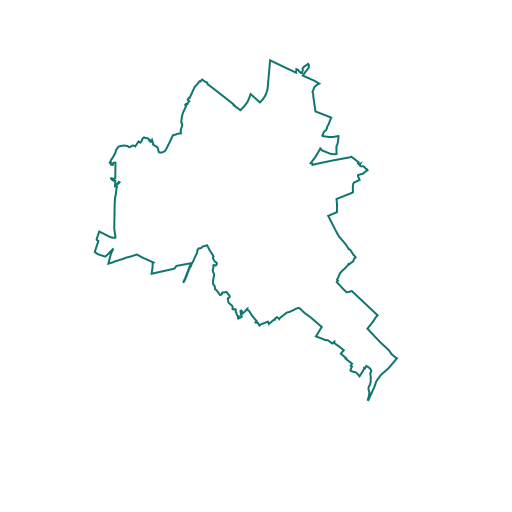 Dangeni, Botosani, Romania, rotated 241°
{"feature_id": "2599482B5486255485397", "entity_name": "Dangeni", "entity_type": "district", "adm_level": 2, "iso_a3": "ROU", "parent_name": "Romania", "parent_adm1": "Botosani", "projection": "mercator", "projection_center": [26.905, 47.853], "detail": "fine", "context": "isolated", "style": "outline", "palette": "teal", "viewbox_px": 512, "rotation_deg": 241, "n_neighbors": 0, "source": "geoboundaries", "source_scale": "gbopen_adm2", "svg_char_len": 6119}
<svg xmlns="http://www.w3.org/2000/svg" viewBox="0 0 512 512"><g transform="rotate(241 256 256)"><path d="M322.6,381.4L324.5,377.7L328.6,372.4L329.2,372.5L329.5,372.6L329.9,373.7L331.1,374.7L332.1,376.9L332.0,377.8L333.2,379.9L334.5,380.9L336.2,383.6L339.6,387.6L340.6,388.9L353.6,378.1L367.9,383.5L370.0,384.6L372.3,385.0L372.5,385.6L375.2,388.5L375.5,389.2L376.1,392.0L376.1,394.9L381.1,391.9L391.1,384.4L393.3,388.9L394.7,392.6L395.3,393.4L397.0,394.7L397.6,394.8L398.8,394.7L398.3,391.5L398.4,390.9L398.3,389.9L397.5,387.8L395.7,386.9L393.8,384.9L394.0,384.2L394.9,384.2L395.4,383.6L396.1,383.3L398.6,383.0L399.8,381.9L398.5,381.1L397.8,380.2L397.0,379.8L420.3,363.2L396.5,347.1L393.9,344.5L391.4,341.3L389.7,337.9L388.4,333.9L400.2,329.8L397.3,326.5L394.8,323.1L392.4,317.7L392.0,316.4L391.8,315.0L391.3,314.3L391.0,313.1L398.2,309.8L398.2,310.1L400.5,309.5L425.3,299.0L429.6,297.0L430.0,296.9L431.0,297.4L431.7,297.2L433.0,296.0L436.5,294.4L435.6,291.9L436.2,291.3L435.0,288.7L433.6,284.3L426.4,274.6L426.8,274.3L426.0,272.1L423.7,272.6L423.7,271.9L422.9,270.9L422.8,269.9L422.0,269.5L422.1,269.0L422.9,268.6L422.7,267.5L422.2,267.3L420.9,267.4L416.4,261.2L414.2,259.1L411.3,256.9L409.2,255.4L409.0,255.6L407.8,255.5L406.0,254.8L404.9,253.8L402.9,251.3L401.9,251.0L400.4,249.9L399.7,249.9L399.6,249.6L400.1,249.0L401.0,246.4L401.0,245.0L401.9,242.0L400.3,239.6L397.9,236.4L392.6,228.7L392.0,227.4L391.9,226.5L392.0,224.6L392.7,222.6L393.6,221.6L394.2,221.4L397.6,222.4L399.0,222.4L403.4,220.0L404.1,220.6L405.6,220.6L406.1,221.0L407.8,221.3L406.7,219.9L407.0,219.1L408.8,218.7L409.0,219.4L411.3,218.3L412.0,217.9L412.8,216.4L414.0,215.6L414.0,215.0L413.5,213.4L412.3,212.2L411.2,209.8L413.1,208.8L410.4,203.5L411.3,203.0L412.3,202.0L412.5,200.1L412.3,199.0L412.6,198.0L412.9,197.6L414.3,197.0L416.1,194.9L417.0,193.4L417.1,192.7L418.0,190.4L418.3,188.6L417.3,186.7L416.8,185.3L414.2,182.6L413.1,181.1L412.0,179.3L410.6,176.4L408.6,173.5L407.9,174.4L407.2,173.6L406.4,173.4L405.1,174.9L406.3,175.9L406.6,176.7L406.4,177.3L405.6,178.3L392.3,170.6L392.4,169.9L392.2,169.2L394.8,166.4L393.4,167.0L392.6,167.0L390.9,167.9L389.9,169.4L386.0,166.9L386.3,168.2L386.5,170.1L387.3,172.0L386.6,172.4L386.3,171.5L386.5,171.0L385.9,170.1L386.0,169.1L385.8,168.3L385.9,167.8L385.6,166.9L385.1,166.8L383.9,168.0L382.7,166.7L377.5,163.0L375.8,161.3L370.5,157.9L348.9,145.4L340.3,142.1L340.7,140.5L343.2,137.7L353.4,130.8L347.9,124.7L347.2,124.5L345.8,125.4L345.5,125.4L337.7,116.9L334.1,118.7L328.7,123.7L328.7,124.7L329.4,127.8L330.4,130.5L330.7,132.1L331.7,134.9L328.2,130.1L320.9,123.2L319.9,127.6L319.7,129.8L317.8,139.0L317.6,141.2L316.5,145.3L315.0,152.6L309.0,156.4L299.9,163.3L299.6,162.0L296.3,160.1L291.1,156.1L284.5,178.4L285.9,181.6L281.2,195.6L271.0,183.4L268.4,179.8L267.9,179.5L269.3,181.8L270.9,183.9L277.6,192.0L278.4,193.7L280.4,196.1L282.7,199.7L284.2,201.4L286.7,205.1L287.7,206.3L289.8,207.9L289.9,208.7L290.5,209.4L289.6,211.5L289.7,212.6L290.1,213.7L289.1,218.4L283.0,218.3L276.1,218.7L275.7,217.7L275.1,217.3L271.6,217.2L270.7,217.4L269.6,218.2L268.3,218.1L267.4,217.1L267.2,216.1L268.5,214.9L268.5,214.1L266.6,213.2L264.8,211.4L263.2,210.8L260.9,210.6L259.9,210.3L254.7,206.0L253.5,205.7L252.3,204.8L250.1,205.3L247.6,204.6L246.8,204.1L245.5,204.8L239.5,205.6L239.0,206.3L239.1,207.1L239.3,207.7L240.1,208.2L240.3,209.0L240.2,209.5L239.3,210.9L239.2,212.0L239.0,212.5L238.1,213.0L236.2,213.0L234.9,213.6L233.4,213.5L232.9,213.0L232.6,212.1L232.7,211.3L232.5,210.7L229.1,209.5L228.0,209.5L223.8,211.1L222.2,210.6L221.4,209.9L220.8,209.8L220.1,210.3L219.8,211.9L218.8,212.3L216.9,211.2L215.8,211.3L214.0,210.7L212.4,211.0L210.8,210.3L211.0,211.4L209.8,210.8L209.7,214.0L211.5,214.3L215.4,215.7L215.4,216.8L212.2,216.6L213.2,220.5L213.9,221.7L214.1,223.0L213.0,222.4L212.2,222.7L211.6,223.3L205.0,223.7L198.7,225.0L198.4,223.5L198.2,223.3L197.9,223.4L197.0,224.8L196.5,225.1L193.4,225.4L193.8,226.6L193.7,228.1L192.8,234.5L190.4,234.4L190.6,234.7L190.5,235.2L190.9,237.2L190.8,237.6L191.1,238.3L191.5,240.1L191.5,241.2L191.1,241.4L191.7,242.4L191.9,242.4L192.2,243.0L192.3,244.7L189.7,245.8L190.0,246.0L190.2,247.0L191.5,255.0L191.4,256.4L190.8,258.3L190.8,259.9L190.4,262.9L190.6,264.0L190.2,267.3L189.9,268.3L188.3,269.1L182.2,271.0L176.7,273.7L162.1,279.1L156.6,269.4L151.7,273.7L148.9,275.8L148.7,276.0L148.8,276.2L147.3,278.1L142.5,280.3L143.1,283.0L141.7,282.3L135.9,285.1L131.0,287.1L129.5,282.8L122.9,285.3L122.7,284.6L115.2,287.8L114.1,285.6L112.6,286.2L111.6,284.6L110.1,283.1L109.8,283.1L107.4,285.1L106.0,286.8L103.0,287.8L100.6,288.2L103.1,293.0L105.1,296.0L105.7,296.4L104.9,296.9L106.3,299.2L104.7,300.2L102.3,301.2L100.3,301.3L99.5,301.0L98.8,300.3L98.2,299.1L94.1,297.6L92.8,296.6L90.9,295.7L88.2,293.3L87.1,291.4L86.2,290.5L84.6,289.7L81.6,289.0L77.4,285.7L76.6,284.5L75.9,284.1L75.5,284.4L84.4,296.4L86.0,298.2L87.7,300.0L88.9,302.0L91.5,307.8L92.5,312.8L93.7,317.8L98.2,329.7L100.1,328.6L104.6,326.9L104.7,327.0L109.6,326.4L120.5,322.8L138.4,318.2L142.2,327.3L144.1,330.6L145.2,333.6L178.9,322.8L179.8,319.0L180.3,317.7L185.1,316.2L194.0,314.0L194.7,315.7L195.9,315.3L197.1,317.0L197.3,317.6L198.6,318.7L198.9,319.8L199.6,320.2L200.2,321.1L200.8,322.6L200.8,323.2L201.5,324.9L201.9,327.3L202.8,330.1L203.5,332.0L204.2,333.1L203.5,333.5L203.7,334.7L204.0,335.9L204.2,338.6L205.0,339.2L206.2,340.7L206.3,341.5L206.2,341.9L206.3,342.3L206.5,342.5L208.8,342.2L209.5,341.8L215.7,341.4L216.0,341.3L216.9,340.5L222.8,340.1L233.1,338.0L239.2,338.0L256.1,338.6L255.1,348.1L262.5,352.2L266.8,354.0L264.6,371.6L269.7,374.3L271.9,376.0L272.7,377.0L272.3,383.5L276.2,383.9L277.3,384.4L276.2,389.8L276.8,392.7L276.9,395.1L278.4,395.0L278.8,394.5L281.9,393.7L282.4,393.3L283.5,391.4L284.8,390.6L285.4,390.8L286.1,391.9L286.1,391.4L286.6,390.5L287.7,390.1L288.3,391.2L296.6,387.5L297.0,385.3L302.3,369.6L306.4,356.4L308.3,349.6L309.4,350.1L310.6,348.8L314.1,356.4L318.2,363.4L318.9,364.4L317.8,364.8L316.5,364.8L309.1,370.8L307.8,372.5L306.9,374.1L306.2,375.9L312.2,379.1L313.1,379.7L314.1,381.2L316.0,382.9L320.1,385.9L321.0,386.2L322.6,381.4Z" fill="none" stroke="#0f766e" stroke-width="2"/></g></svg>